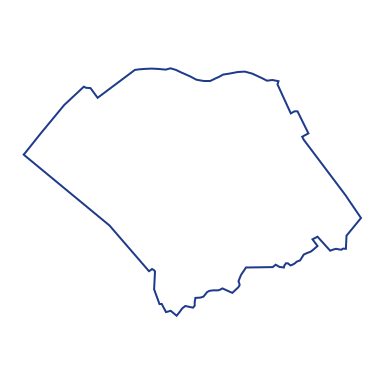 Kulaijaya, Johor, Malaysia (orthographic projection)
{"feature_id": "92858781B77755411745481", "entity_name": "Kulaijaya", "entity_type": "district", "adm_level": 2, "iso_a3": "MYS", "parent_name": "Malaysia", "parent_adm1": "Johor", "projection": "orthographic", "projection_center": [103.587, 1.669], "detail": "fine", "context": "isolated", "style": "outline", "palette": "blue", "viewbox_px": 384, "rotation_deg": 0, "n_neighbors": 0, "source": "geoboundaries", "source_scale": "gbopen_adm2", "svg_char_len": 1373}
<svg xmlns="http://www.w3.org/2000/svg" viewBox="0 0 384 384"><path d="M23.0,154.1L109.5,225.5L149.0,271.2L150.7,270.1L152.0,269.0L153.9,270.1L155.0,271.4L154.1,289.3L159.5,304.1L161.7,303.9L166.0,312.1L170.7,310.8L176.6,315.7L179.3,312.4L182.3,308.3L185.3,306.0L192.2,307.5L193.0,307.7L194.7,305.7L194.7,302.0L195.4,297.9L200.4,297.6L203.5,296.6L207.1,292.1L209.5,290.8L213.8,290.3L218.3,290.3L220.0,289.7L222.4,288.4L232.3,292.9L238.3,287.3L239.6,285.2L239.4,283.7L238.5,281.3L239.8,277.9L241.1,274.8L242.8,272.3L246.0,267.5L272.7,267.1L275.7,264.7L279.4,266.9L283.9,267.5L284.3,265.6L286.1,263.2L288.0,263.4L290.4,265.4L292.5,264.7L295.1,263.2L296.6,261.7L300.1,260.4L303.7,254.6L306.9,253.1L310.8,251.6L313.6,249.4L317.5,246.0L312.5,239.3L317.5,236.7L330.2,250.7L332.8,249.7L336.0,248.8L339.0,249.4L341.4,249.7L343.1,248.6L345.9,248.8L346.5,235.7L361.0,218.0L349.4,201.0L345.5,195.2L303.7,139.7L302.2,136.7L308.4,133.4L297.5,111.3L294.5,111.3L290.8,113.4L277.5,84.4L278.5,81.2L272.4,80.0L267.0,80.7L262.3,78.3L252.2,73.6L244.8,71.6L237.8,72.0L229.4,73.6L223.0,74.6L219.3,76.7L214.9,78.7L210.2,81.0L203.8,81.0L196.4,79.7L190.0,76.3L180.9,72.3L175.9,69.9L170.5,68.3L165.8,69.6L157.7,68.9L151.7,68.6L145.0,68.9L139.6,69.3L134.9,69.9L97.6,97.8L90.5,88.1L86.1,87.8L83.8,86.7L64.2,105.0L40.5,133.7L23.9,154.5L23.0,154.1Z" fill="none" stroke="#1e3a8a" stroke-width="2"/></svg>